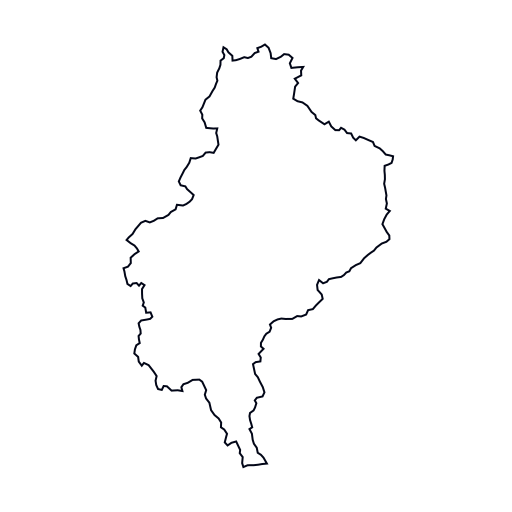 Juquitiba, São Paulo, Brazil (orthographic projection), rotated 97°
{"feature_id": "56859067B20186311483240", "entity_name": "Juquitiba", "entity_type": "district", "adm_level": 2, "iso_a3": "BRA", "parent_name": "Brazil", "parent_adm1": "São Paulo", "projection": "orthographic", "projection_center": [-47.012, -23.95], "detail": "fine", "context": "isolated", "style": "outline", "palette": "ink", "viewbox_px": 512, "rotation_deg": 97, "n_neighbors": 0, "source": "geoboundaries", "source_scale": "gbopen_adm2", "svg_char_len": 3873}
<svg xmlns="http://www.w3.org/2000/svg" viewBox="0 0 512 512"><g transform="rotate(97 256 256)"><path d="M360.1,238.8L356.2,238.9L352.9,241.5L350.1,239.4L347.2,237.2L345.2,240.1L341.6,240.5L338.3,239.0L334.7,237.9L331.9,236.3L329.5,233.3L325.4,232.2L322.3,233.8L318.6,230.5L316.3,226.8L315.0,223.2L314.9,218.9L314.0,212.3L310.6,207.8L310.5,203.8L308.0,199.1L303.4,197.7L301.8,193.1L297.8,190.5L294.6,188.0L290.4,184.6L286.2,186.1L282.2,190.7L277.2,191.9L272.2,190.5L274.9,186.1L273.0,182.5L270.1,180.8L268.9,177.5L267.5,173.3L266.4,169.0L264.2,166.4L261.4,164.4L259.8,161.5L256.5,160.2L252.8,155.7L250.4,151.6L245.0,148.4L241.2,145.0L238.6,142.3L236.3,139.6L232.9,137.5L228.3,132.7L226.0,128.3L223.0,125.6L219.4,126.2L216.2,129.2L212.7,131.7L209.0,134.4L203.8,133.2L198.9,131.3L195.0,128.7L193.2,133.0L187.9,132.5L183.6,134.0L180.0,133.9L176.1,135.1L172.5,136.2L168.7,137.6L164.1,137.4L159.9,138.0L155.8,138.9L150.8,139.3L149.1,135.8L147.1,132.8L143.6,132.1L140.3,132.1L139.8,135.9L139.5,139.6L136.5,142.9L134.1,146.3L132.3,151.7L128.6,153.8L127.2,158.6L125.7,163.5L124.9,167.8L129.0,171.0L126.7,174.0L122.8,176.5L122.9,180.6L119.8,183.6L118.4,187.2L121.0,188.8L121.4,192.6L118.2,197.1L113.8,200.1L116.9,204.1L113.8,210.3L112.0,213.2L108.9,214.3L106.3,218.4L100.7,223.3L97.9,228.6L97.3,233.7L95.3,238.2L90.7,238.0L83.1,237.8L79.2,235.3L75.3,239.1L71.2,233.1L66.5,233.9L62.6,232.2L63.6,237.7L65.0,243.8L60.6,245.9L55.0,243.9L52.2,248.1L52.2,252.7L55.2,255.6L58.1,260.1L57.8,265.0L52.9,266.2L47.8,268.9L45.0,272.9L47.7,276.4L49.5,280.0L52.9,278.4L54.7,282.0L58.8,284.9L60.5,288.2L60.1,291.9L62.4,296.0L64.1,299.8L64.9,303.1L60.2,303.9L57.2,308.2L54.4,310.3L52.8,313.7L57.4,314.1L60.4,311.9L63.6,312.1L66.4,315.0L70.6,314.6L74.2,315.3L78.7,316.9L83.4,316.9L86.7,315.7L89.8,316.6L93.9,317.5L97.4,319.2L103.3,321.6L107.0,325.2L110.8,326.2L114.9,327.3L118.5,329.1L122.3,326.5L126.0,326.2L129.6,323.3L134.9,321.0L134.7,314.0L134.1,310.0L138.8,310.5L141.9,309.1L150.1,306.8L153.7,308.4L158.8,310.6L158.6,314.7L159.5,318.6L163.2,321.0L164.9,324.3L166.6,327.8L166.8,332.7L171.6,333.6L176.2,335.7L179.3,337.6L183.0,338.9L187.3,340.5L191.4,341.7L195.0,339.4L195.5,334.6L198.0,332.6L203.1,325.3L207.4,326.4L210.2,328.5L212.9,331.5L214.8,334.6L214.8,340.7L219.5,341.5L222.7,345.9L225.9,347.9L229.6,352.9L230.6,358.2L233.5,361.7L235.6,365.5L234.6,370.1L237.0,374.2L241.1,376.9L244.1,378.9L249.2,381.2L253.1,384.6L255.9,386.4L258.6,381.9L260.4,377.9L263.0,375.1L265.8,373.0L268.9,376.7L273.0,380.2L278.3,379.4L282.2,381.8L284.3,386.0L287.4,384.7L292.0,383.3L295.6,381.6L299.4,380.2L301.1,376.8L298.3,374.9L297.4,371.2L299.7,368.5L296.8,366.6L298.5,363.1L302.7,365.1L307.3,364.5L311.9,363.7L315.8,361.7L319.1,362.4L320.7,359.6L325.7,358.1L324.8,353.8L328.9,351.5L331.3,353.4L332.4,356.7L334.0,362.1L337.1,364.3L340.6,363.1L343.5,361.7L347.0,361.0L349.7,362.8L353.1,362.0L356.6,360.8L359.2,363.9L363.4,364.8L367.6,364.9L370.5,360.7L375.1,359.5L378.8,356.0L375.8,354.2L377.4,349.3L383.3,343.4L387.3,340.0L392.0,340.5L396.2,339.3L400.0,337.0L400.4,333.2L396.3,331.8L396.2,328.5L399.9,323.4L398.8,317.4L399.0,312.6L395.3,314.1L392.1,312.4L390.2,308.3L386.7,303.8L385.6,297.2L387.3,294.1L395.2,289.1L399.9,289.9L403.5,288.2L407.3,284.4L414.5,281.8L418.9,277.8L421.8,273.3L425.5,270.3L430.3,269.9L432.1,266.4L436.0,263.1L439.3,263.6L444.8,264.3L447.5,261.1L444.4,257.6L442.5,253.1L450.4,248.1L453.7,248.1L457.2,244.7L463.3,244.5L467.0,242.8L464.7,238.8L463.9,232.7L462.9,228.4L461.8,224.8L460.7,219.9L455.2,224.0L452.7,226.9L451.1,230.3L446.2,231.9L442.6,235.2L438.8,236.9L432.9,238.4L428.6,241.4L426.5,238.9L423.5,240.1L419.6,241.9L415.7,243.0L412.5,242.8L409.6,239.6L406.5,238.5L402.1,237.7L399.5,239.6L396.6,237.9L394.6,232.4L390.3,231.0L385.3,233.3L380.1,236.9L376.1,239.4L373.2,242.5L368.6,244.1L363.7,245.8L361.4,243.4L360.1,238.8Z" fill="none" stroke="#020617" stroke-width="2"/></g></svg>